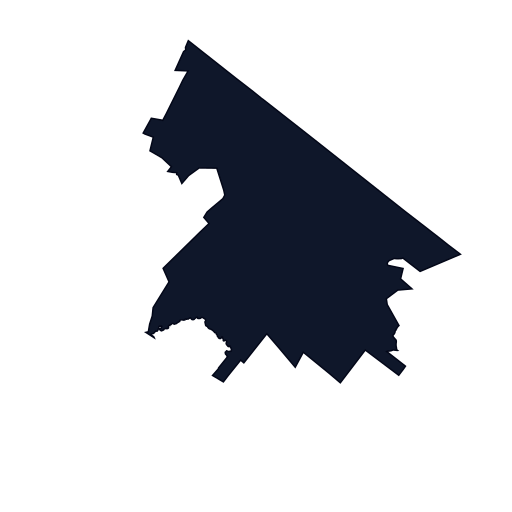 outline of Agua Prieta, Sonora, Mexico, rotated 38°
{"feature_id": "50627088B23353633303984", "entity_name": "Agua Prieta", "entity_type": "district", "adm_level": 2, "iso_a3": "MEX", "parent_name": "Mexico", "parent_adm1": "Sonora", "projection": "orthographic", "projection_center": [-109.212, 31.022], "detail": "fine", "context": "isolated", "style": "filled", "palette": "ink", "viewbox_px": 512, "rotation_deg": 38, "n_neighbors": 0, "source": "geoboundaries", "source_scale": "gbopen_adm2", "svg_char_len": 5722}
<svg xmlns="http://www.w3.org/2000/svg" viewBox="0 0 512 512"><g transform="rotate(38 256 256)"><path d="M416.0,128.8L400.5,129.0L390.0,128.9L362.8,129.0L345.8,129.1L277.3,128.7L221.7,128.4L165.0,128.3L163.6,128.4L152.5,128.2L129.9,128.3L70.1,128.0L72.0,135.0L73.8,137.0L73.1,139.5L78.0,159.5L88.6,151.9L90.1,162.5L91.8,170.3L97.7,199.2L99.0,206.6L97.7,207.1L88.7,211.9L89.1,214.1L91.4,228.6L93.3,228.3L99.2,226.4L101.9,225.6L107.7,238.4L121.4,236.5L134.4,237.7L134.4,243.7L138.8,241.4L142.3,239.1L143.3,240.6L144.6,240.2L145.5,240.4L152.9,244.5L153.4,234.1L157.0,221.6L171.0,210.9L190.1,224.0L193.9,227.2L194.6,231.2L191.6,245.2L190.4,251.4L191.1,257.7L199.0,259.3L197.2,271.6L190.4,322.9L203.4,329.9L206.7,360.0L211.2,367.2L214.1,375.1L217.8,382.0L216.2,384.0L226.1,383.1L225.4,382.7L224.7,382.6L223.4,382.6L222.8,382.8L221.3,382.4L221.3,382.2L221.4,381.9L221.7,381.6L222.1,381.2L222.3,380.9L222.6,380.6L222.7,380.4L222.7,380.2L223.0,379.7L223.0,378.9L223.1,378.5L223.0,377.7L223.2,377.3L223.2,377.0L223.4,376.9L223.7,376.5L224.0,376.4L224.1,376.2L224.4,376.0L224.4,375.0L224.2,374.6L224.1,374.4L224.0,374.2L224.1,373.8L223.7,372.8L223.4,372.2L223.1,371.6L223.1,371.3L223.0,371.0L223.2,370.7L223.4,370.7L223.5,370.5L223.7,370.3L223.8,370.3L224.1,370.1L224.5,369.6L224.8,369.8L225.1,369.6L225.2,370.0L225.4,370.2L225.7,371.1L225.5,371.3L225.4,371.6L225.2,372.1L225.0,372.5L225.1,373.0L225.5,373.3L226.2,373.4L226.6,373.4L227.1,373.3L227.3,373.3L227.8,373.0L227.9,372.6L228.0,372.5L228.2,371.9L228.4,371.8L228.5,371.7L228.5,370.8L228.7,370.7L228.6,370.3L228.6,370.0L228.7,369.8L229.0,369.4L229.5,368.8L229.8,368.4L230.0,368.4L230.4,368.3L230.5,368.2L231.1,367.5L231.3,366.8L231.3,366.6L231.3,366.4L230.4,365.7L230.3,365.4L230.1,364.9L230.1,364.6L230.3,364.4L230.2,364.4L230.2,363.9L230.8,362.9L231.1,362.7L231.3,362.2L231.3,361.9L231.3,361.5L231.5,360.8L231.6,360.6L231.8,360.5L232.3,360.2L232.5,360.1L232.8,360.1L233.3,360.2L233.5,360.1L233.8,359.8L234.2,359.1L234.9,358.2L235.0,357.9L235.0,357.7L235.0,357.4L235.3,356.4L235.5,356.2L235.6,355.7L235.7,355.3L235.8,355.1L236.1,354.8L236.2,354.6L236.1,354.4L235.8,354.1L235.6,353.9L235.7,353.7L235.8,353.2L235.9,352.9L236.3,352.4L237.0,351.9L237.3,351.6L237.6,351.5L237.8,351.5L238.3,351.2L238.7,350.8L239.0,350.5L239.3,350.1L239.0,349.8L239.0,349.6L239.1,349.4L239.6,348.8L240.1,348.7L240.3,348.5L240.5,348.1L240.8,347.8L241.1,347.7L241.3,347.6L241.4,347.4L241.5,347.0L241.6,346.5L241.7,346.1L242.0,345.8L242.0,345.7L242.1,345.2L242.4,345.0L242.6,345.0L243.1,345.2L243.6,345.4L244.3,345.5L244.6,345.5L245.0,345.3L245.4,345.1L245.7,344.9L245.8,344.7L246.2,344.1L246.3,343.8L246.3,343.0L246.6,342.0L246.6,341.8L246.7,341.5L246.7,341.1L246.8,341.0L246.9,340.9L247.2,340.8L247.2,340.5L247.3,340.4L247.5,340.5L247.8,340.6L248.1,340.9L248.3,341.0L248.6,341.0L248.8,340.9L249.0,340.8L249.8,340.2L250.5,339.4L250.8,338.5L250.8,338.1L250.9,337.9L251.3,337.6L251.8,337.3L252.3,337.2L252.6,337.3L253.3,337.2L253.8,337.1L254.3,337.1L254.7,337.1L255.8,337.5L256.0,337.8L256.3,338.4L256.3,338.7L256.3,339.2L256.4,339.5L257.1,339.9L257.6,340.5L257.8,340.7L258.2,340.9L258.7,341.4L259.2,341.7L259.8,341.8L260.4,341.6L261.0,341.5L262.9,342.1L263.6,342.1L264.4,342.0L264.8,341.7L265.3,341.5L266.3,341.5L266.8,341.2L267.3,341.2L267.6,341.3L269.5,341.4L270.5,341.8L270.8,341.6L271.5,341.3L271.9,341.3L272.2,341.4L272.4,341.7L272.7,341.9L273.6,342.1L273.8,342.2L274.0,342.1L274.3,342.3L274.5,342.5L274.9,342.7L274.9,342.8L275.0,343.0L275.3,343.1L276.1,343.1L276.6,343.5L277.3,343.6L277.7,343.6L278.0,343.5L278.3,343.3L278.6,343.0L278.8,342.9L278.8,342.6L278.9,342.4L279.1,342.0L279.2,341.6L279.1,341.2L278.9,340.8L278.9,340.7L279.2,340.5L279.4,340.4L279.6,340.6L280.0,341.1L280.7,341.4L281.1,341.6L281.7,341.9L281.8,342.1L282.0,342.4L282.3,342.8L282.5,342.8L282.8,342.8L283.0,342.7L283.3,342.2L283.4,341.9L283.7,341.5L283.9,341.1L284.1,341.1L284.6,341.2L285.2,341.1L285.4,341.2L285.7,341.6L285.9,341.8L286.0,341.9L285.9,342.3L286.0,342.8L286.4,343.4L286.6,343.6L287.6,344.0L289.4,344.4L290.0,344.4L290.2,344.2L290.2,343.7L290.3,343.5L290.7,343.0L290.8,343.0L291.0,343.0L291.4,343.4L291.6,343.6L292.1,343.7L292.5,343.7L292.8,343.8L293.2,344.2L293.8,344.4L294.2,344.8L294.4,345.1L294.5,345.5L294.7,346.0L294.8,346.2L294.9,346.3L294.6,346.8L294.1,347.3L293.7,347.5L293.5,347.9L293.2,348.2L292.6,348.4L291.7,348.7L291.3,348.7L291.2,348.9L291.2,349.0L291.2,350.1L291.1,350.3L291.0,350.6L291.2,351.0L291.3,351.2L291.4,351.3L291.5,351.3L292.3,352.0L292.5,352.1L293.0,351.9L293.4,352.2L294.2,352.4L294.6,352.7L295.0,352.8L295.6,352.8L295.4,367.2L295.8,368.1L295.3,376.9L307.8,375.3L307.7,367.2L308.0,347.5L312.2,347.7L312.4,310.6L331.2,314.4L355.4,319.5L352.5,302.7L386.2,303.4L400.5,304.0L400.0,262.8L441.9,262.1L441.8,254.5L441.6,250.8L433.1,250.8L428.2,250.8L417.8,250.8L418.6,249.7L419.0,249.3L419.5,248.9L420.8,247.5L422.0,245.5L422.1,245.4L422.6,245.2L423.1,244.9L424.2,244.2L424.9,243.8L425.1,243.6L425.4,243.5L425.6,243.3L425.3,243.3L424.8,243.2L424.0,242.7L423.0,241.7L422.6,241.3L422.0,240.9L420.5,239.1L419.9,238.1L419.5,237.4L419.1,236.9L418.4,236.2L417.7,235.9L417.2,235.8L416.2,235.7L413.7,235.1L413.2,234.7L412.9,234.6L412.7,234.2L412.8,233.9L412.8,233.0L412.9,232.6L412.7,231.2L412.6,230.8L412.5,230.6L412.3,230.4L411.7,229.0L411.7,228.6L411.9,228.1L411.7,227.9L411.6,227.4L411.4,227.0L411.6,226.7L411.4,226.1L411.3,225.8L411.3,225.0L411.3,223.9L411.4,223.3L411.5,222.8L389.3,213.5L385.0,209.4L388.7,195.6L399.1,185.9L384.0,185.0L379.6,175.3L365.8,182.1L365.5,182.1L364.8,181.8L364.0,181.0L363.7,180.5L363.6,179.8L363.7,177.7L366.4,172.8L366.7,172.7L368.1,171.8L369.0,171.2L372.2,168.5L372.9,167.2L394.8,167.1L416.0,128.8Z" fill="#0f172a" stroke="#020617" stroke-width="1.5"/></g></svg>